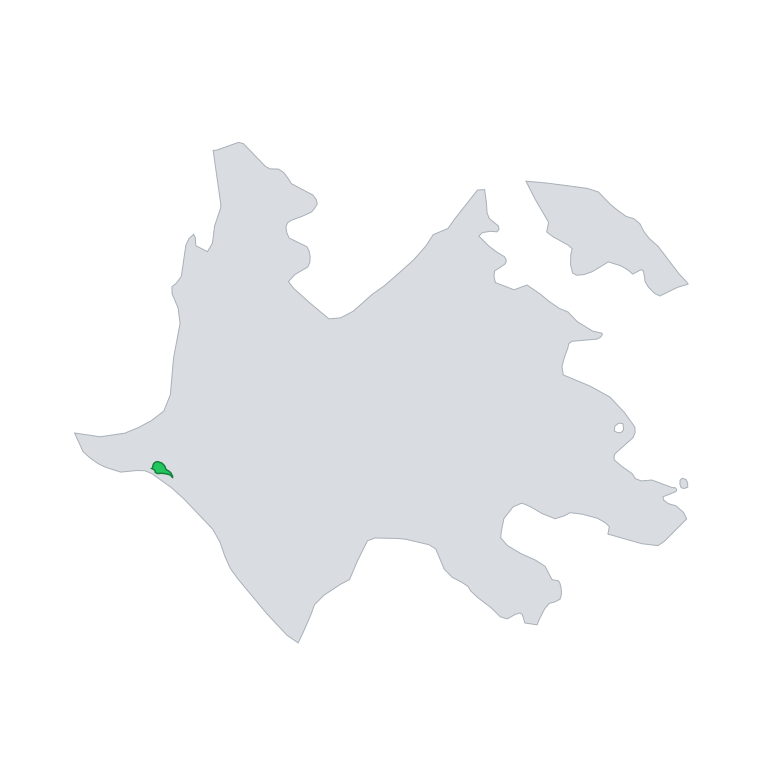 location of Sumqayit City, Sumqayıt, Azerbaijan, rotated 174°
{"feature_id": "54616110B75219613739908", "entity_name": "Sumqayit City", "entity_type": "district", "adm_level": 2, "iso_a3": "AZE", "parent_name": "Azerbaijan", "parent_adm1": "Sumqayıt", "projection": "mercator", "projection_center": [49.626, 40.591], "detail": "fine", "context": "in_parent", "style": "filled", "palette": "green", "viewbox_px": 768, "rotation_deg": 174, "n_neighbors": 0, "source": "geoboundaries", "source_scale": "gbopen_adm2", "svg_char_len": 4071}
<svg xmlns="http://www.w3.org/2000/svg" viewBox="0 0 768 768"><g transform="rotate(174 384 384)"><path d="M529.5,634.2L526.4,634.0L503.5,639.5L498.7,637.7L479.1,612.7L475.0,609.9L466.6,608.8L461.6,604.7L457.6,598.0L455.3,593.0L435.0,579.4L432.0,574.4L431.6,570.0L434.6,566.0L438.0,562.7L447.9,559.3L459.5,556.4L463.2,554.3L465.1,550.6L464.9,544.8L463.1,539.1L446.4,528.6L444.6,524.1L444.1,518.6L445.0,512.8L447.6,508.3L461.2,502.2L468.4,495.8L463.9,488.6L449.3,472.4L431.9,454.5L420.4,454.3L407.0,459.6L385.6,474.9L373.8,481.4L358.4,492.2L341.7,504.2L327.9,516.9L319.4,527.4L304.1,532.0L296.4,540.8L270.8,567.1L263.6,566.8L263.2,553.7L263.6,543.4L261.9,537.4L253.7,529.2L253.5,525.7L255.8,523.5L262.1,524.8L270.3,524.3L274.2,521.1L265.4,510.3L257.7,503.1L251.1,498.2L249.6,495.3L249.6,493.2L251.0,490.7L262.2,484.8L263.4,479.3L262.6,473.2L244.8,464.1L231.4,467.5L219.4,457.3L211.7,449.4L202.1,441.0L193.5,436.4L185.3,425.8L171.0,414.8L161.8,411.7L161.9,410.1L163.6,408.0L167.4,406.4L192.9,406.8L196.0,404.8L197.6,400.1L201.1,393.2L205.2,382.9L204.8,374.3L179.2,360.3L160.7,347.4L147.8,330.4L139.0,314.9L139.3,309.6L141.9,304.7L161.8,290.3L163.1,286.6L162.7,284.1L155.6,276.7L146.7,269.1L143.8,263.5L138.2,260.7L127.6,260.5L108.8,251.1L104.9,250.2L104.0,248.3L104.9,246.5L118.3,242.7L118.1,239.5L114.0,235.4L106.5,232.4L99.5,224.9L97.1,218.2L121.3,198.5L128.4,194.6L144.2,198.2L177.0,211.3L174.8,218.5L178.1,222.6L185.6,228.1L200.1,233.7L212.3,236.6L218.5,234.1L227.9,232.1L240.1,238.5L251.4,246.7L257.0,250.0L260.0,251.0L268.5,248.3L278.8,237.7L282.8,225.0L284.0,218.8L278.0,210.3L265.7,201.1L251.8,193.0L242.9,185.9L237.3,171.8L231.5,170.2L230.1,168.4L229.2,163.6L229.4,156.8L231.4,151.6L236.9,149.4L242.6,148.6L247.7,143.6L254.1,133.9L256.9,128.5L268.9,131.6L270.5,140.3L272.7,142.1L277.7,141.1L286.0,137.5L292.6,140.3L301.1,150.6L312.9,161.6L319.2,168.9L321.7,174.0L327.7,178.9L336.5,184.7L343.5,193.7L349.8,214.6L356.1,219.5L378.8,227.4L386.8,229.0L409.0,231.8L416.9,229.8L428.3,211.8L438.7,193.2L448.3,189.3L465.7,180.3L476.2,171.8L480.6,162.6L490.4,145.3L496.5,135.5L506.7,144.2L524.5,167.7L549.9,205.8L556.1,216.6L560.2,229.1L563.7,244.2L569.5,257.5L595.3,291.0L606.4,303.3L624.5,319.3L631.0,322.8L639.4,323.8L655.0,323.9L669.3,330.1L676.4,334.5L683.7,340.8L690.3,348.1L696.9,367.6L672.0,361.2L646.9,362.2L632.8,366.3L619.0,372.0L605.8,380.1L597.6,395.7L590.6,431.8L580.5,465.4L580.8,481.0L585.3,495.9L584.8,502.9L580.1,505.9L574.3,512.2L566.5,542.9L562.7,549.0L557.7,552.8L556.4,549.2L556.7,541.2L545.7,534.1L539.9,542.0L536.0,558.8L527.9,576.5L527.5,579.9L529.5,634.2ZM158.7,318.1L159.9,313.2L156.7,311.1L153.4,310.9L150.5,313.4L150.5,319.5L154.5,320.6L158.7,318.1ZM76.5,459.3L72.8,454.4L71.1,451.6L82.1,449.4L100.5,442.7L105.5,445.9L110.9,452.7L113.6,458.4L114.1,469.2L116.3,470.9L125.2,467.3L129.2,471.7L136.1,476.8L148.1,482.0L165.3,473.9L173.8,471.9L180.9,472.0L184.7,474.5L186.0,482.9L184.7,493.1L182.7,498.8L186.3,502.8L200.4,512.7L206.3,518.2L203.4,527.7L213.9,550.8L217.4,559.8L221.6,570.9L200.1,566.6L161.3,557.3L150.6,552.5L140.5,539.5L134.5,533.3L125.6,525.3L118.3,522.3L112.8,516.7L109.6,508.4L105.0,501.0L97.0,492.2L78.9,462.4L76.5,459.3ZM99.6,257.4L97.2,259.1L93.5,257.4L92.4,253.6L92.7,249.7L96.3,248.7L99.3,249.8L100.2,253.4L99.6,257.4Z" fill="#d9dde1" stroke="#a8b0b8" stroke-width="1"/><path d="M623.6,324.1L623.1,323.7L622.1,323.2L621.5,322.5L620.9,321.8L620.6,320.9L620.8,320.3L620.5,319.8L619.7,319.4L618.7,318.6L618.1,318.6L617.4,318.7L616.3,318.4L615.5,318.6L614.9,318.5L614.4,318.5L614.0,318.3L613.4,318.2L612.6,318.1L612.0,317.9L611.2,317.8L610.8,317.6L609.8,317.3L608.8,316.9L608.0,316.7L607.2,316.4L606.3,315.8L605.7,315.3L605.2,314.7L604.4,313.4L604.1,313.2L603.9,314.4L604.4,315.5L605.0,317.4L605.9,318.6L606.5,319.3L607.5,320.2L608.8,321.0L609.9,322.4L610.2,323.5L610.4,324.8L611.3,326.3L612.1,327.3L613.0,328.3L613.9,329.1L615.0,329.3L616.4,330.2L617.8,330.5L619.4,330.2L620.6,329.5L621.3,329.0L622.0,327.7L622.4,326.8L622.5,326.3L622.9,325.2L623.5,324.1L623.6,324.1Z" fill="#22c55e" stroke="#15803d" stroke-width="1.5"/></g></svg>